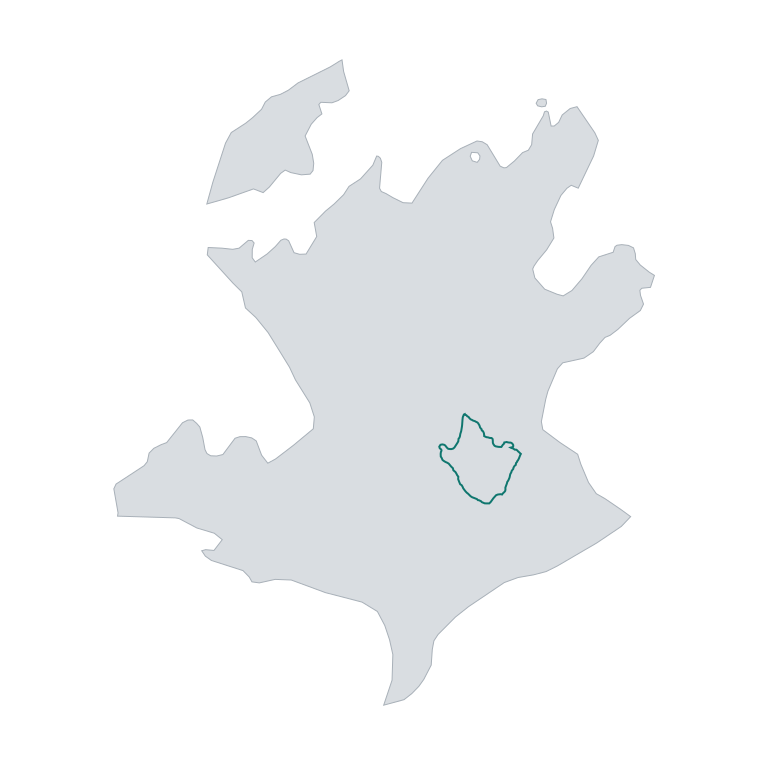 Ismailli District, İsmayıllı, Azerbaijan shown in context, rotated 94°
{"feature_id": "54616110B45290451128830", "entity_name": "Ismailli District", "entity_type": "district", "adm_level": 2, "iso_a3": "AZE", "parent_name": "Azerbaijan", "parent_adm1": "İsmayıllı", "projection": "equal_earth", "projection_center": [48.125, 40.803], "detail": "fine", "context": "in_parent", "style": "outline", "palette": "teal", "viewbox_px": 768, "rotation_deg": 94, "n_neighbors": 0, "source": "geoboundaries", "source_scale": "gbopen_adm2", "svg_char_len": 5633}
<svg xmlns="http://www.w3.org/2000/svg" viewBox="0 0 768 768"><g transform="rotate(94 384 384)"><path d="M534.4,640.6L531.1,640.3L507.4,646.2L502.5,644.3L482.2,617.6L478.0,614.7L469.3,613.5L464.2,609.1L460.0,602.0L457.6,596.7L436.7,582.3L433.6,577.0L433.2,572.3L436.3,568.2L439.8,564.7L450.0,561.1L461.9,558.0L465.7,555.8L467.7,551.9L467.5,545.8L465.6,539.8L448.5,528.8L446.6,524.1L446.1,518.3L447.0,512.2L449.7,507.5L463.6,501.1L471.1,494.4L466.4,487.0L451.4,470.0L433.6,451.4L421.7,451.2L408.0,456.7L386.1,472.6L373.9,479.4L358.1,490.7L340.8,503.2L326.6,516.5L317.8,527.5L302.0,532.3L294.0,541.6L267.5,569.3L260.1,568.9L259.8,555.2L260.2,544.3L258.6,538.0L250.2,529.4L250.1,525.7L252.4,523.4L258.9,524.8L267.3,524.3L271.3,520.9L262.4,509.6L254.5,502.0L247.8,496.9L246.3,493.9L246.3,491.7L247.8,489.1L259.3,482.9L260.5,477.2L259.8,470.8L241.6,461.4L227.8,464.9L215.6,454.4L207.8,446.2L198.0,437.5L189.3,432.7L181.0,421.7L166.5,410.4L157.1,407.2L157.3,405.5L159.0,403.4L163.0,401.7L189.0,402.1L192.2,400.1L193.9,395.3L197.5,388.1L201.8,377.6L201.6,368.7L175.6,354.4L156.8,341.3L143.8,324.0L135.1,308.2L135.5,302.9L138.1,297.8L158.6,283.3L160.0,279.5L159.6,277.0L152.5,269.5L143.5,261.9L140.7,256.3L135.0,253.4L124.2,253.2L105.3,243.8L101.3,242.9L100.4,241.0L101.3,239.1L115.0,235.3L114.8,232.2L110.8,228.0L103.2,225.0L96.2,217.5L93.9,210.8L118.7,191.2L126.0,187.2L141.9,190.8L175.1,203.9L172.7,211.1L176.0,215.2L183.6,220.7L198.2,226.3L210.6,229.2L216.9,226.7L226.5,224.7L238.8,231.1L250.2,239.3L255.9,242.6L258.9,243.7L267.7,240.9L278.2,230.3L282.4,217.6L283.6,211.4L277.6,203.0L265.1,193.8L251.2,185.7L242.2,178.6L236.6,164.6L230.8,163.1L229.3,161.2L228.4,156.5L228.7,149.8L230.8,144.6L236.5,142.4L242.2,141.6L247.4,136.7L254.0,127.1L256.8,121.8L269.0,124.9L270.5,133.5L272.7,135.3L277.7,134.3L286.2,130.7L292.8,133.4L301.4,143.7L313.2,154.5L319.6,161.8L322.1,166.8L328.2,171.6L337.1,177.4L344.2,186.3L350.4,207.2L356.8,212.1L379.8,220.0L387.9,221.6L410.5,224.4L418.5,222.4L430.1,204.4L440.6,185.9L450.4,182.0L468.0,173.1L478.6,164.6L483.0,155.5L493.0,138.4L499.1,128.7L509.5,137.3L527.6,160.5L553.5,198.5L559.8,209.2L564.0,221.7L567.7,236.8L573.7,250.2L600.1,284.0L611.5,296.5L630.1,312.6L636.7,316.3L645.3,317.3L661.1,317.3L675.9,323.7L683.1,328.1L690.7,334.5L697.5,342.0L704.4,361.9L678.9,355.3L653.3,356.3L638.8,360.6L624.8,366.4L611.4,374.7L603.1,390.7L596.2,427.9L586.0,462.8L586.5,479.0L591.1,494.5L590.6,501.9L585.9,505.0L580.0,511.6L572.1,543.8L568.2,550.2L563.1,554.2L561.7,550.4L561.9,542.0L550.6,534.5L544.7,542.9L540.7,560.6L532.5,579.2L532.1,582.8L534.4,640.6ZM155.2,311.5L156.4,306.5L153.2,304.3L149.8,304.2L146.8,306.6L146.8,312.8L150.8,313.9L155.2,311.5ZM69.1,456.5L65.3,451.3L63.6,448.5L75.0,446.1L93.9,439.2L99.0,442.5L104.4,449.5L107.1,455.5L107.4,466.7L109.7,468.5L118.9,464.8L122.9,469.3L129.9,474.7L142.1,480.0L159.9,471.6L168.7,469.5L176.0,469.7L179.8,472.3L181.1,481.0L179.6,491.7L177.5,497.5L181.1,501.8L195.5,512.1L201.5,517.9L198.5,527.8L209.1,552.1L212.6,561.6L216.8,573.3L194.6,568.8L154.8,558.9L143.8,553.9L133.6,540.3L127.5,533.7L118.5,525.3L111.0,522.1L105.4,516.3L102.3,507.6L97.6,499.9L89.6,490.7L71.4,459.7L69.1,456.5ZM95.8,250.1L93.3,251.8L89.6,250.1L88.5,246.3L88.9,242.3L92.6,241.4L95.7,242.5L96.5,246.1L95.8,250.1Z" fill="#d9dde1" stroke="#a8b0b8" stroke-width="1"/><path d="M444.2,242.6L443.5,243.5L442.7,244.4L441.8,245.6L440.8,246.6L440.3,247.5L440.4,248.9L439.6,250.3L439.2,251.1L438.9,252.6L438.6,253.2L438.4,252.6L438.1,251.7L437.5,250.8L436.0,250.8L435.2,251.3L434.5,251.9L434.0,252.6L433.6,253.6L433.7,254.8L433.6,256.3L433.3,257.6L433.7,258.9L433.9,259.9L435.4,260.3L436.3,261.2L438.6,262.5L438.7,264.1L438.7,265.7L438.4,268.2L437.9,269.4L436.5,270.6L435.1,271.3L432.2,271.6L431.2,271.9L430.4,272.9L430.4,274.8L430.0,276.5L429.9,278.1L429.4,279.5L428.9,280.5L427.9,280.5L427.3,280.7L426.5,280.8L425.5,281.2L424.5,281.8L424.1,282.1L423.5,283.2L422.3,283.5L421.8,284.1L420.7,285.1L419.7,285.5L418.6,285.9L417.6,286.7L416.8,287.1L416.0,288.0L415.5,288.9L415.3,289.6L414.7,290.8L414.5,291.7L414.2,292.8L413.6,293.9L413.5,294.4L413.2,295.1L412.6,295.8L412.2,296.4L411.5,296.8L411.0,297.4L410.7,297.9L410.4,298.7L409.6,299.4L409.3,299.8L409.1,301.1L408.4,301.3L408.9,302.2L411.7,303.1L414.1,303.2L416.8,303.2L419.5,303.2L421.3,303.3L425.6,303.7L428.5,304.4L430.8,304.6L432.3,305.0L433.4,305.8L436.0,305.9L437.7,306.7L439.7,307.8L441.3,308.7L442.4,309.3L443.6,310.5L444.2,312.1L444.3,313.4L444.2,315.4L443.2,316.7L442.0,317.8L441.0,318.7L440.4,319.9L440.2,321.7L440.7,323.4L441.9,324.1L442.7,324.5L443.2,324.3L444.2,323.9L445.4,322.3L446.5,322.0L447.9,322.5L449.6,322.6L449.8,322.6L452.4,322.3L453.6,321.4L455.7,320.3L456.5,319.1L457.5,317.2L458.1,315.5L458.9,313.9L460.8,312.1L461.9,311.0L463.2,309.4L463.8,309.2L465.2,308.8L466.4,307.2L466.8,306.6L468.7,305.3L469.8,304.7L471.3,303.4L473.7,303.4L476.5,302.1L478.7,301.0L479.5,299.5L480.9,298.5L482.5,297.7L483.7,296.7L485.3,295.3L486.7,293.8L487.4,292.7L488.6,291.3L489.9,289.8L490.8,288.2L491.3,286.5L492.3,283.3L493.3,282.2L493.3,281.3L493.9,279.7L494.2,279.0L495.0,278.2L495.3,277.4L495.6,276.4L496.0,275.4L496.0,273.8L495.8,270.7L494.2,269.3L490.3,266.9L487.1,264.4L486.3,262.7L485.8,260.0L486.0,258.5L485.1,258.0L484.3,257.3L483.1,256.2L482.1,255.6L480.5,255.5L479.0,255.7L476.8,255.1L474.8,254.5L473.1,254.2L471.6,253.3L470.2,252.8L468.8,252.3L467.7,252.1L466.0,251.9L464.7,251.6L463.4,250.9L461.9,250.6L460.6,249.8L459.8,249.2L458.2,248.9L457.0,248.3L456.4,247.9L455.5,246.9L453.7,246.8L452.7,246.0L451.6,245.7L451.1,245.2L449.1,244.3L447.2,243.7L445.3,243.1L444.2,242.6Z" fill="none" stroke="#0f766e" stroke-width="2"/></g></svg>